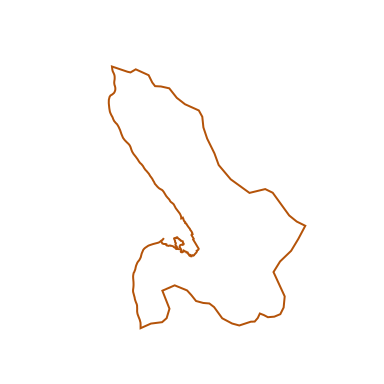 Bimbo, Ombella-M'Poko, Central African Republic (Equal Earth projection), rotated 160°
{"feature_id": "33826404B89402945162763", "entity_name": "Bimbo", "entity_type": "district", "adm_level": 2, "iso_a3": "CAF", "parent_name": "Central African Republic", "parent_adm1": "Ombella-M'Poko", "projection": "equal_earth", "projection_center": [18.582, 4.266], "detail": "fine", "context": "isolated", "style": "outline", "palette": "amber", "viewbox_px": 384, "rotation_deg": 160, "n_neighbors": 0, "source": "geoboundaries", "source_scale": "gbopen_adm2", "svg_char_len": 5530}
<svg xmlns="http://www.w3.org/2000/svg" viewBox="0 0 384 384"><g transform="rotate(160 192 192)"><path d="M181.1,50.0L177.4,48.8L173.3,51.1L169.8,54.6L166.6,51.8L163.5,48.4L157.3,46.7L150.8,47.0L145.4,52.1L140.6,62.2L142.8,88.9L133.0,96.6L119.0,102.8L108.2,111.5L97.1,121.5L103.7,128.4L108.7,136.7L116.4,163.7L122.2,169.7L138.3,171.5L151.3,190.7L157.7,208.2L157.7,220.6L159.5,237.0L159.2,248.8L156.6,259.2L157.7,266.3L168.6,276.9L174.1,285.7L177.9,297.2L185.1,301.8L190.5,304.1L191.9,308.5L192.8,316.6L202.9,326.5L208.9,325.4L211.4,327.0L224.3,337.3L225.0,334.3L225.2,332.5L225.0,330.7L224.9,328.9L225.1,327.3L225.7,325.5L226.2,324.3L227.1,322.7L227.8,321.1L228.2,319.2L228.2,317.8L228.4,316.3L228.8,315.0L229.4,313.8L230.4,312.6L231.5,311.7L233.7,310.9L235.5,310.6L236.9,309.6L238.6,307.1L239.8,304.0L241.0,299.3L241.3,297.8L241.7,295.5L241.7,294.1L241.5,291.8L241.1,289.4L241.1,287.4L240.9,285.4L240.0,282.9L239.2,281.2L238.7,278.5L238.4,274.7L238.5,270.7L238.3,266.5L237.5,263.8L236.3,261.1L235.2,258.9L234.6,257.2L234.4,255.3L234.5,252.2L234.4,250.2L233.9,247.7L232.8,244.4L231.9,241.3L231.4,238.8L230.8,236.9L230.0,235.5L229.2,233.2L228.8,230.9L228.2,228.7L227.5,227.2L226.9,225.5L226.3,223.9L225.8,221.2L225.3,219.7L224.8,217.8L224.6,216.1L224.2,214.2L224.1,212.5L222.7,208.8L221.7,206.8L220.6,205.4L219.8,204.6L219.2,203.7L218.6,202.0L218.1,199.5L217.6,197.0L216.8,194.8L215.9,192.7L215.7,191.1L215.2,189.7L214.3,188.4L213.4,186.7L213.1,184.5L212.8,182.3L212.3,180.7L211.7,178.7L210.8,175.8L210.6,173.6L210.8,171.8L211.2,170.8L210.5,170.7L210.1,170.7L209.8,170.7L209.4,170.9L209.3,169.8L209.3,169.7L209.4,168.7L209.4,168.4L209.4,167.7L209.3,167.2L209.2,166.9L209.0,166.6L208.9,166.6L208.8,166.3L208.7,166.0L208.8,165.9L209.1,165.3L208.7,164.8L208.5,164.6L208.4,164.5L208.4,164.4L208.4,164.2L208.2,164.1L208.1,163.7L208.0,163.2L208.0,162.8L207.9,162.5L207.7,162.0L207.7,161.8L207.7,161.4L207.6,161.2L207.5,160.9L207.4,160.5L207.2,159.9L207.1,159.6L207.0,159.3L206.9,158.9L206.8,158.7L206.6,158.2L206.6,157.7L206.6,157.0L206.5,156.7L206.4,156.6L206.3,156.3L206.2,156.0L206.2,155.8L206.1,155.6L206.0,155.1L205.9,154.7L205.8,153.6L206.0,153.6L206.1,153.4L205.9,152.1L207.2,151.7L206.4,147.4L207.2,147.0L206.4,143.1L205.8,139.9L205.2,136.8L205.1,136.6L205.2,136.4L205.3,136.1L205.5,135.9L205.7,135.7L205.9,135.6L206.1,135.5L206.5,135.4L207.2,135.2L207.6,135.2L207.6,134.8L207.6,134.6L208.5,133.7L211.2,132.3L211.8,131.8L212.0,131.5L212.0,131.0L212.3,131.7L212.6,132.1L212.9,132.3L213.1,132.4L213.3,132.3L213.7,132.2L213.9,132.1L214.3,131.7L214.7,131.8L214.7,132.0L214.6,132.3L214.6,132.7L214.7,133.1L214.8,133.2L215.0,133.4L215.3,133.3L215.8,133.1L216.0,132.9L216.1,133.0L216.3,133.4L216.3,133.9L216.2,134.2L216.2,134.4L216.4,134.6L216.5,135.0L216.8,135.2L216.8,135.8L216.7,136.3L216.7,136.5L216.8,136.8L217.1,136.9L217.4,136.7L217.8,136.9L218.0,137.1L218.0,137.3L217.9,137.7L218.0,137.9L218.4,138.3L218.6,138.5L218.9,138.6L219.2,138.8L219.3,139.0L219.5,139.5L219.8,139.8L220.3,138.9L220.9,138.9L221.9,138.7L222.5,139.0L222.9,139.4L222.9,139.9L221.9,140.7L221.9,141.7L221.9,141.9L222.1,142.8L222.2,143.3L222.4,144.0L222.5,144.5L222.2,145.1L221.6,145.7L221.1,146.1L219.2,146.0L219.0,145.9L218.8,145.5L218.6,145.5L218.3,145.6L218.0,145.7L217.8,145.7L217.5,146.1L217.5,146.3L217.6,146.8L217.7,147.0L217.8,147.5L217.7,148.0L217.6,148.6L217.6,148.8L217.9,148.9L218.0,149.0L218.2,149.3L218.4,149.5L218.9,149.9L219.2,150.0L219.3,150.2L219.3,150.4L219.3,150.7L219.3,151.0L219.5,151.2L219.8,151.3L220.1,151.6L220.2,151.9L220.2,152.1L220.2,152.3L220.6,152.7L221.0,153.2L221.1,153.4L221.1,153.7L221.1,153.9L221.2,154.2L221.3,154.4L221.5,154.6L222.0,154.6L222.2,154.3L222.2,154.0L222.3,154.0L222.5,154.4L222.6,154.5L222.8,154.5L223.0,154.5L223.1,154.4L223.3,154.4L223.6,154.5L223.8,154.6L224.2,154.6L224.4,154.5L224.7,154.5L224.8,154.2L224.7,153.1L224.7,152.7L224.6,152.2L224.6,151.8L224.9,151.2L225.0,150.8L224.8,150.3L224.7,149.7L224.7,149.3L224.9,149.0L225.2,148.8L225.5,148.4L225.6,148.0L225.3,146.6L225.0,146.0L225.0,145.6L225.2,145.3L225.2,145.2L225.1,144.9L224.9,144.2L224.7,143.7L224.6,143.3L224.5,143.1L224.9,143.3L225.2,143.5L225.6,143.6L225.8,143.6L226.0,143.7L226.3,143.9L226.3,144.1L226.5,144.2L226.6,144.3L226.6,144.5L226.7,144.8L226.9,145.2L227.0,145.5L227.0,145.8L227.4,146.0L227.6,146.1L227.8,146.3L227.9,147.0L229.6,148.4L230.0,148.6L230.4,148.7L230.8,149.2L231.2,149.3L232.5,149.4L233.0,149.8L233.5,150.2L233.8,150.2L233.9,150.3L234.1,150.8L234.3,151.0L234.2,151.2L234.0,151.7L234.7,152.2L236.3,152.8L237.5,153.8L237.7,155.7L237.4,156.8L236.5,157.0L236.1,157.1L234.9,157.8L234.2,158.3L234.9,157.8L236.0,157.1L237.5,156.8L239.4,156.1L240.7,155.9L242.2,156.0L244.1,156.2L246.4,156.4L249.4,156.5L251.1,156.5L252.3,156.3L253.2,156.0L254.6,155.7L255.8,155.3L256.8,154.8L257.6,154.3L258.7,153.1L260.3,151.4L261.9,149.1L262.4,148.3L263.6,147.1L265.0,145.9L266.6,145.0L267.6,144.2L269.8,141.8L270.8,140.3L271.7,138.8L273.6,136.6L274.5,135.9L275.3,134.6L276.1,133.1L276.8,131.0L277.4,128.8L277.8,127.3L278.5,125.2L279.1,123.7L279.9,122.0L280.9,120.1L281.5,118.3L281.7,116.0L281.9,113.8L282.0,112.5L282.3,111.0L282.4,109.1L282.4,107.5L282.3,105.5L282.5,103.9L283.0,102.5L283.4,101.2L283.9,99.9L284.4,98.6L284.7,97.2L284.9,96.0L284.9,94.9L284.9,92.8L284.8,90.0L285.1,86.8L285.6,85.2L286.9,81.6L275.6,82.4L264.6,79.9L259.0,82.1L253.1,90.0L253.6,109.4L240.2,110.2L230.3,101.2L227.9,95.4L225.5,88.2L219.4,83.9L213.8,81.3L210.6,76.3L206.8,63.0L199.3,54.7L193.2,50.4L181.1,50.0Z" fill="none" stroke="#b45309" stroke-width="2"/></g></svg>